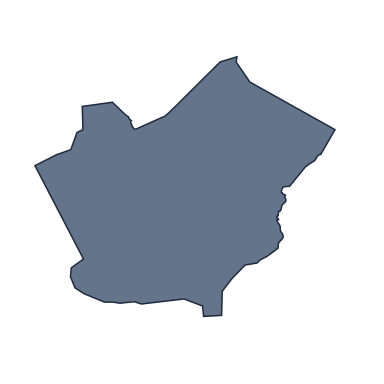 Baacagaan, Bayanhongor, Mongolia (Mercator projection), rotated 351°
{"feature_id": "93677404B78729167349448", "entity_name": "Baacagaan", "entity_type": "district", "adm_level": 2, "iso_a3": "MNG", "parent_name": "Mongolia", "parent_adm1": "Bayanhongor", "projection": "mercator", "projection_center": [99.824, 45.619], "detail": "fine", "context": "isolated", "style": "filled", "palette": "slate", "viewbox_px": 384, "rotation_deg": 351, "n_neighbors": 0, "source": "geoboundaries", "source_scale": "gbopen_adm2", "svg_char_len": 2670}
<svg xmlns="http://www.w3.org/2000/svg" viewBox="0 0 384 384"><g transform="rotate(351 192 192)"><path d="M343.0,152.8L266.4,92.5L255.9,70.5L257.6,65.5L240.2,67.9L196.4,99.5L191.0,103.5L177.8,112.6L146.1,121.2L145.1,120.7L144.3,120.0L143.9,119.1L143.5,118.0L143.3,117.6L143.1,117.1L142.8,116.7L142.8,116.2L142.8,115.7L142.9,115.3L142.8,114.8L142.5,114.3L142.4,113.8L142.4,113.0L142.6,112.4L142.9,112.2L143.2,112.1L143.0,111.9L142.8,111.8L142.5,111.5L142.4,111.1L142.0,110.5L141.6,109.9L141.2,109.3L141.1,108.7L141.1,107.9L138.2,105.1L127.4,90.9L97.0,90.3L95.6,101.4L94.0,113.4L87.8,115.1L78.9,131.2L64.0,134.0L41.0,141.4L74.3,241.2L60.9,248.0L58.7,256.7L61.5,268.5L69.8,275.8L88.3,287.1L96.4,288.3L103.6,290.6L117.7,291.3L124.5,294.7L167.4,296.4L184.6,306.3L184.0,316.7L201.9,318.5L206.4,294.7L218.5,283.3L233.1,272.4L238.5,272.4L245.1,272.3L248.8,269.7L256.1,267.3L268.2,260.9L269.5,255.8L271.0,254.6L271.8,253.8L272.5,253.5L273.0,252.9L273.6,252.5L274.1,252.1L274.5,251.7L274.8,251.3L275.1,250.0L275.0,248.9L274.9,247.7L274.4,246.6L274.0,246.0L273.7,245.1L273.3,244.2L273.3,243.7L273.3,243.0L273.5,242.1L273.5,241.2L273.7,240.5L273.6,239.7L273.5,238.7L273.2,237.8L272.8,237.0L272.4,236.4L272.1,235.5L271.8,234.7L271.7,234.3L271.6,233.8L271.5,233.3L271.8,233.0L272.1,232.7L272.5,232.7L273.1,232.9L273.1,232.5L273.1,232.1L272.9,231.8L272.4,231.7L272.1,231.5L272.0,231.1L272.0,230.8L272.2,230.4L271.9,229.9L271.9,229.6L271.9,229.3L272.0,229.2L272.4,229.2L272.9,229.0L273.5,228.8L274.4,224.8L275.2,224.9L275.7,224.8L276.1,224.5L276.6,224.0L277.0,223.7L277.4,222.5L277.9,221.3L278.3,220.5L278.6,219.7L279.1,218.9L280.0,218.2L280.5,218.0L281.7,216.9L282.7,216.4L283.2,215.8L283.4,214.8L283.5,213.9L283.3,212.8L282.9,212.2L282.7,211.8L282.8,211.3L282.9,210.9L283.3,210.5L283.7,210.3L283.7,210.1L283.4,209.9L283.3,209.7L283.3,209.4L283.2,209.1L282.9,208.9L282.2,208.7L281.7,208.4L281.4,208.0L281.1,207.7L281.0,207.4L281.0,206.9L280.8,206.7L280.5,206.5L280.3,206.2L280.3,205.7L280.5,205.4L280.7,204.8L280.7,204.3L280.8,204.0L281.1,203.7L281.1,203.4L281.3,203.0L281.6,202.7L281.9,202.4L282.3,202.0L282.7,201.7L282.9,201.2L288.5,201.5L289.2,201.7L308.1,184.8L308.9,184.4L309.5,184.2L310.1,184.0L310.4,183.8L310.9,183.3L311.2,183.2L311.7,183.1L312.1,182.5L312.4,182.4L313.1,182.4L313.6,182.1L314.1,182.0L315.0,181.5L315.9,181.1L317.0,180.7L318.4,179.9L318.9,179.4L319.0,178.9L319.3,178.7L319.7,178.5L320.1,178.2L320.1,177.6L320.3,177.4L320.7,177.0L321.5,176.3L321.8,176.1L322.3,176.0L322.7,175.6L323.0,175.3L323.7,175.0L324.1,175.0L324.6,175.1L325.4,174.8L325.6,174.5L325.6,173.9L325.8,173.7L326.3,173.5L343.0,152.8Z" fill="#64748b" stroke="#1e293b" stroke-width="1.5"/></g></svg>